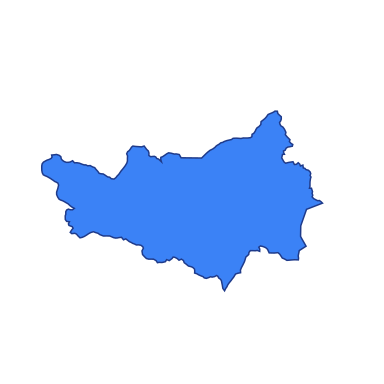 Altinópolis, São Paulo, Brazil, rotated 48°
{"feature_id": "56859067B55489518550390", "entity_name": "Altinópolis", "entity_type": "district", "adm_level": 2, "iso_a3": "BRA", "parent_name": "Brazil", "parent_adm1": "São Paulo", "projection": "mercator", "projection_center": [-47.408, -21.012], "detail": "fine", "context": "isolated", "style": "filled", "palette": "blue", "viewbox_px": 384, "rotation_deg": 48, "n_neighbors": 0, "source": "geoboundaries", "source_scale": "gbopen_adm2", "svg_char_len": 4463}
<svg xmlns="http://www.w3.org/2000/svg" viewBox="0 0 384 384"><g transform="rotate(48 192 192)"><path d="M287.6,102.5L285.6,102.6L283.6,103.0L282.6,104.4L280.6,105.2L278.4,106.0L276.0,106.0L275.2,104.4L273.4,103.7L272.4,102.2L270.6,101.4L269.1,100.7L267.8,102.2L266.7,100.5L264.9,98.9L263.4,97.5L262.4,96.3L261.3,95.0L260.5,93.6L258.7,93.2L257.8,91.5L256.2,90.8L253.8,90.9L251.6,92.3L249.9,92.3L248.6,93.2L246.2,91.6L245.2,94.0L243.4,93.3L241.3,93.5L241.3,95.9L240.1,97.5L237.1,96.7L235.7,98.8L234.5,100.7L233.2,103.2L231.2,103.5L228.9,103.0L226.7,102.5L224.6,99.6L225.8,98.1L224.1,97.6L222.7,96.5L223.3,94.9L222.4,92.6L222.8,90.6L223.9,88.9L225.1,86.8L224.1,85.3L222.2,85.9L219.7,85.9L218.7,84.2L216.5,84.3L214.4,84.4L211.9,84.3L210.5,82.3L207.3,81.3L204.7,81.0L202.2,81.7L200.3,81.2L198.9,80.4L198.5,78.5L197.5,76.8L195.8,75.3L193.1,75.6L191.1,75.7L189.1,74.5L187.4,76.2L187.2,77.9L186.7,79.6L186.1,81.2L185.3,83.6L186.0,86.7L186.2,88.6L186.1,90.8L185.9,93.6L187.9,95.7L188.2,98.6L187.8,100.6L188.3,102.6L189.1,104.3L189.7,106.8L189.3,108.8L191.0,110.5L190.7,112.3L189.2,114.4L187.7,116.1L186.2,117.7L185.0,119.8L183.2,121.5L181.5,123.2L179.6,125.5L179.4,127.6L177.1,131.7L176.0,134.3L175.7,135.9L174.7,137.7L174.6,140.0L174.2,141.7L174.0,143.3L174.2,145.1L173.9,147.9L173.1,150.6L172.9,153.4L172.9,155.7L173.2,162.1L159.3,177.2L155.6,176.4L153.2,178.2L151.9,179.8L149.1,181.6L147.2,183.2L146.7,185.3L146.4,187.9L146.1,190.1L145.4,192.0L147.0,193.5L149.1,194.5L145.2,194.8L143.5,195.8L141.8,195.5L140.3,196.1L139.3,197.4L138.1,199.1L136.0,199.6L134.2,197.9L132.3,197.0L130.0,197.2L125.8,196.8L124.7,199.3L120.0,203.8L118.3,205.2L118.2,207.0L118.8,208.9L119.2,211.0L119.0,212.9L119.9,215.0L122.0,215.7L123.7,217.4L125.8,219.3L126.9,221.1L127.8,224.0L128.3,226.5L128.6,228.3L128.9,230.6L129.5,233.0L129.9,234.7L130.0,236.9L130.4,238.9L130.2,241.3L128.1,243.1L125.9,243.3L124.3,244.6L121.7,245.2L119.2,245.9L117.6,247.4L116.0,248.5L113.8,248.2L110.9,248.2L108.8,248.0L106.8,249.1L104.2,250.0L102.7,252.0L100.9,252.7L99.7,254.0L97.8,255.1L95.2,256.4L93.2,258.0L91.7,259.8L88.9,259.8L88.2,262.4L87.4,263.8L85.8,265.6L83.6,266.7L81.5,267.1L79.9,267.0L77.9,265.8L75.8,266.2L73.4,267.6L72.0,269.7L70.6,271.6L72.4,272.6L72.8,274.2L72.2,276.4L71.3,278.4L70.9,280.1L70.4,282.4L70.8,284.5L72.0,286.1L73.5,287.5L75.5,289.2L77.5,290.4L79.7,291.0L81.6,290.3L83.4,289.4L85.5,288.7L87.0,288.2L88.7,287.8L90.6,287.3L92.3,287.0L93.8,286.3L95.6,285.7L97.6,286.5L99.5,289.2L100.4,290.8L101.5,292.7L103.3,294.3L105.9,295.2L108.4,295.6L110.1,295.0L111.9,294.0L113.8,293.3L115.8,292.7L117.8,292.0L120.4,291.8L122.9,291.3L125.4,290.4L125.3,292.7L123.8,294.3L122.0,295.3L121.5,297.2L122.2,299.0L124.1,300.7L124.9,302.2L127.7,304.6L130.0,304.8L132.1,303.0L133.0,305.2L134.5,305.8L137.6,304.2L139.4,304.6L139.7,306.8L140.5,309.5L142.5,309.2L144.3,306.7L146.0,306.0L148.1,306.1L151.1,305.9L152.2,304.0L153.0,301.6L153.5,298.9L153.8,296.7L154.4,294.3L155.6,291.8L157.3,291.0L159.9,289.4L161.8,289.1L163.6,288.2L165.4,287.3L167.2,285.2L169.6,282.6L171.5,281.7L173.5,280.8L175.1,279.6L176.2,278.2L177.0,276.8L178.5,274.7L181.7,274.9L182.5,272.6L184.4,272.2L186.9,271.8L188.9,270.9L190.4,270.5L192.2,269.5L194.1,268.8L195.5,267.1L197.4,265.6L199.7,265.2L201.2,265.7L202.3,268.6L205.4,270.6L208.2,270.6L210.9,270.4L212.8,269.2L216.2,265.5L219.1,264.6L221.4,265.0L222.3,263.5L224.3,261.5L225.1,260.1L226.0,258.4L225.3,256.1L227.8,254.8L228.1,251.3L227.7,249.6L229.0,248.5L231.6,247.5L234.0,247.3L234.8,244.8L237.2,244.2L239.3,245.1L241.7,244.6L244.6,244.2L247.3,242.4L249.1,241.8L250.9,241.7L252.5,242.8L254.0,244.3L256.0,243.1L258.0,242.5L260.4,241.4L262.4,240.4L264.0,240.4L265.8,239.1L266.8,236.8L267.4,234.9L268.7,234.0L270.0,231.8L270.5,229.6L272.0,229.2L273.8,229.7L275.4,229.3L277.4,229.4L281.5,231.8L284.3,233.6L287.2,233.9L286.3,231.7L285.8,229.5L284.9,227.5L284.4,225.2L284.0,222.5L283.5,220.1L283.2,218.2L282.1,214.5L283.1,212.2L284.5,209.9L282.4,208.2L281.3,205.9L280.3,203.2L278.9,199.7L277.8,197.8L276.4,195.6L276.4,191.7L275.0,190.1L274.6,187.9L276.5,185.8L278.0,184.3L279.1,182.6L281.4,181.4L279.7,179.8L277.7,179.3L277.9,177.2L280.1,175.7L282.6,174.5L285.1,174.2L287.3,174.9L288.9,175.4L291.1,173.1L292.4,171.7L294.6,168.7L297.0,168.4L301.5,169.1L303.6,168.1L306.3,167.2L309.5,163.0L310.9,161.2L313.6,158.4L312.5,157.1L310.5,155.8L307.3,151.5L308.6,143.5L299.5,141.5L297.6,141.0L289.9,133.8L281.5,118.5L287.6,102.5Z" fill="#3b82f6" stroke="#1e3a8a" stroke-width="1.5"/></g></svg>